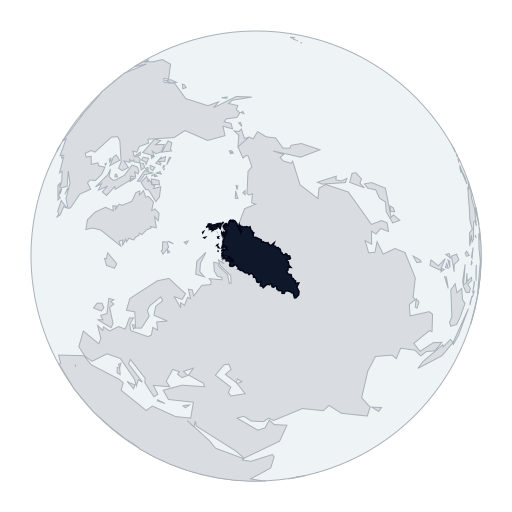 the Earth from above Krasnoyarsk, rotated 304°
{"feature_id": "RUS-2603", "entity_name": "Krasnoyarsk", "entity_type": "Territory", "adm_level": 1, "iso_a3": "RUS", "parent_name": "Russia", "parent_adm1": "", "projection": "orthographic", "projection_center": [95.961, 66.535], "detail": "fine", "context": "on_globe", "style": "filled", "palette": "ink", "viewbox_px": 512, "rotation_deg": 304, "n_neighbors": 0, "source": "natural_earth", "source_scale": "10m", "svg_char_len": 17760}
<svg xmlns="http://www.w3.org/2000/svg" viewBox="0 0 512 512"><g transform="rotate(304 256 256)"><circle cx="256" cy="256" r="225" fill="#eef3f6" stroke="#a8b0b8"/><path d="M333.7,44.5L333.8,44.6L353.9,57.8L344.8,49.1L352.5,53.0L358.8,57.5L355.3,56.1L359.6,62.2L366.5,68.5L367.2,77.9L353.8,84.6L351.6,80.3L348.6,82.6L351.3,88.4L353.8,91.6L347.2,109.7L353.7,132.1L362.8,138.7L355.3,137.9L377.3,150.5L385.4,163.7L371.9,149.2L367.2,148.0L370.5,156.9L366.4,157.7L365.6,162.5L360.4,162.8L352.9,154.6L349.4,154.6L352.0,161.0L348.3,165.5L345.1,156.1L338.4,163.0L324.7,151.2L320.3,127.0L308.4,121.9L292.4,101.1L289.5,103.8L281.6,98.0L275.4,99.1L274.2,95.2L270.2,99.6L272.5,102.9L271.5,106.0L268.1,107.1L265.9,102.2L267.4,100.9L264.9,100.1L265.4,97.2L263.2,99.2L261.0,93.4L258.0,100.7L252.0,97.4L251.9,93.1L258.7,91.5L275.4,78.7L277.5,74.4L273.6,69.6L252.0,64.4L251.5,60.6L245.8,57.0L243.0,59.7L246.4,63.6L239.8,68.2L244.8,72.7L242.8,75.4L245.2,81.1L237.5,82.4L228.8,80.7L226.4,76.1L222.5,75.3L218.9,81.6L208.7,75.3L192.2,75.3L190.3,73.6L197.4,66.3L212.3,61.1L221.5,52.8L208.1,60.5L203.8,56.5L200.0,57.0L195.9,58.7L194.7,61.2L191.7,60.5L203.7,52.3L206.6,52.8L202.8,55.3L209.8,52.9L217.9,47.9L215.1,46.6L230.3,41.2L228.4,40.3L230.7,38.8L232.6,40.6L229.5,37.5L246.9,33.1L243.0,31.2L254.9,32.2L264.0,32.5L274.9,33.1L274.4,32.6L289.3,34.7L302.1,36.2L305.5,36.2L333.7,44.5ZM458.3,165.4L456.8,164.4L456.5,161.9L458.3,165.4ZM456.6,166.1L457.0,165.9L456.9,166.5L456.6,166.1ZM457.1,167.9L456.8,166.6L457.3,168.3L457.1,167.9ZM457.8,170.6L457.3,169.1L457.5,169.3L457.8,170.6ZM458.3,174.3L458.4,175.2L457.8,173.6L458.3,174.3ZM234.2,32.1L238.3,31.8L234.3,32.2L234.2,32.1ZM355.5,93.0L351.8,88.4L350.9,83.1L354.5,86.8L355.5,93.0ZM356.6,103.9L353.7,101.8L357.3,98.9L357.8,101.0L356.6,103.9ZM370.3,143.5L368.0,139.0L371.7,143.2L370.3,143.5ZM366.5,163.2L368.4,164.3L367.2,166.4L366.5,163.2ZM249.2,80.0L247.2,80.5L247.8,79.2L249.2,80.0ZM252.1,82.1L254.2,80.2L255.9,80.9L254.6,82.1L252.1,82.1ZM358.0,168.7L355.4,171.8L356.8,167.2L358.0,168.7ZM249.2,84.3L258.6,82.4L261.6,83.8L259.0,89.4L249.2,84.3ZM353.1,172.8L346.9,180.8L350.8,183.8L336.4,180.0L346.4,174.3L347.5,168.0L349.6,172.2L353.1,172.8ZM274.7,103.6L272.2,100.0L277.5,102.1L274.7,103.6ZM278.4,104.2L296.3,106.6L298.4,112.5L292.0,110.4L297.2,117.6L289.5,119.3L284.8,115.8L285.0,111.5L281.9,115.4L278.4,104.2ZM329.5,176.7L326.9,177.5L328.2,175.1L329.5,176.7ZM271.6,107.4L275.0,107.3L277.0,112.4L270.5,113.6L272.0,111.6L271.6,107.4ZM302.4,118.7L302.8,122.9L296.6,125.4L295.9,127.3L289.5,119.9L302.4,118.7ZM269.7,110.9L267.2,114.2L263.1,112.7L268.3,107.9L269.7,110.9ZM280.3,113.3L281.0,115.8L278.5,114.8L280.3,113.3ZM247.0,109.8L251.0,109.4L252.5,112.0L247.0,109.8ZM266.5,115.5L267.9,116.0L269.0,117.0L266.5,118.8L266.5,115.5ZM285.5,122.2L282.9,122.5L287.9,125.4L283.4,127.5L279.9,122.2L279.6,125.4L278.2,126.1L276.9,121.0L285.5,122.2ZM267.0,123.7L261.0,118.0L253.2,118.1L251.7,115.8L264.6,115.9L267.0,123.7ZM272.9,122.6L268.9,122.7L269.1,119.6L272.0,117.6L272.9,122.6ZM281.7,130.9L289.4,129.0L289.9,130.3L281.7,130.9ZM264.7,124.4L266.2,125.8L264.1,124.8L264.7,124.4ZM276.4,129.6L279.1,128.7L279.6,130.1L276.4,129.6ZM267.0,129.4L265.0,127.5L266.9,126.0L267.0,129.4ZM271.3,130.0L271.3,132.2L268.7,126.6L272.4,129.3L271.3,130.0ZM276.4,131.1L277.6,131.6L275.3,131.2L276.4,131.1ZM261.0,136.3L257.3,129.6L261.4,126.3L264.4,133.2L261.0,136.3ZM44.1,179.4L56.3,153.2L57.6,154.2L63.5,147.8L77.1,169.0L73.7,180.4L77.3,211.7L76.6,216.9L69.3,219.2L66.5,251.3L73.7,254.0L77.9,279.1L85.1,292.5L99.8,285.9L88.1,263.7L92.8,254.1L107.6,267.0L118.9,286.6L121.1,283.5L119.6,266.6L128.0,266.8L119.8,260.4L118.8,266.2L113.7,262.5L114.2,257.0L117.2,257.2L115.4,250.4L101.9,251.6L99.4,257.6L91.3,243.3L86.5,252.0L82.2,250.1L88.8,234.7L92.6,232.5L100.0,209.8L95.3,210.7L87.9,232.4L87.6,227.6L81.2,229.5L85.9,224.3L95.2,200.8L91.6,187.2L77.1,179.0L77.2,170.5L81.8,159.8L97.2,154.8L95.3,174.7L100.8,173.6L109.8,163.6L108.5,170.7L111.9,169.2L112.0,176.5L120.7,181.6L122.2,188.5L133.8,185.7L136.1,189.0L128.6,189.6L124.1,194.0L128.7,211.5L132.0,213.5L139.1,210.4L139.5,215.8L145.9,210.6L152.5,218.9L149.8,204.5L158.1,201.0L166.6,203.6L168.9,199.9L155.1,195.7L150.0,196.5L146.4,201.1L132.2,201.4L128.9,196.5L141.9,186.8L138.6,178.9L150.2,175.2L180.3,188.1L188.7,196.3L185.3,218.7L178.7,219.1L176.5,211.1L170.9,222.5L175.0,219.6L175.3,224.3L183.4,222.4L184.0,225.6L190.7,218.5L192.3,222.2L188.0,226.7L201.4,227.5L207.0,234.5L209.7,233.2L211.0,229.8L217.3,241.2L219.0,239.7L217.6,235.4L220.2,229.8L227.2,224.4L228.9,228.6L226.7,231.1L224.6,243.0L218.2,249.3L219.7,250.5L225.6,246.0L228.2,231.5L231.8,227.1L231.6,234.0L232.0,231.1L234.4,230.3L238.4,233.5L239.1,226.0L263.0,211.9L273.2,217.0L270.3,224.5L288.8,220.1L298.9,226.8L297.6,222.7L305.6,218.2L302.6,216.0L302.6,213.7L321.8,202.0L327.7,202.7L334.5,193.6L333.9,191.6L329.9,190.5L336.4,180.0L350.8,183.8L351.5,188.1L360.0,187.8L360.5,197.9L364.9,206.3L360.5,218.0L364.4,223.9L367.3,223.1L374.6,230.7L379.8,249.6L362.9,237.7L352.6,211.3L355.7,222.2L351.2,220.8L350.0,225.5L352.5,233.3L355.1,233.4L339.7,252.6L338.2,275.3L347.5,270.3L354.3,273.9L360.7,296.8L346.7,334.0L355.6,340.3L356.8,346.1L350.4,352.2L348.5,344.0L341.3,343.2L341.2,337.8L330.4,345.3L329.7,337.9L321.6,347.7L325.7,352.5L335.5,348.4L328.7,360.4L339.9,367.0L342.2,377.6L326.8,400.4L309.7,409.3L308.8,412.4L301.5,410.2L292.5,417.3L306.7,430.7L306.5,434.9L291.6,444.3L291.2,441.5L271.8,435.7L268.7,445.2L283.3,451.5L288.4,458.4L277.3,457.2L272.1,450.7L265.3,448.4L266.8,440.5L260.5,427.5L249.3,429.7L249.9,424.2L239.5,411.2L223.3,413.0L197.6,422.8L194.5,435.2L185.5,437.7L173.4,414.9L172.9,400.1L165.4,398.3L155.5,379.8L129.5,362.6L128.6,357.0L123.1,355.1L116.6,344.5L116.2,335.4L111.0,331.0L112.6,354.9L118.5,359.6L127.4,358.7L126.4,365.4L133.0,376.3L115.7,379.1L81.7,359.2L83.0,348.3L81.6,301.3L84.3,299.3L84.4,298.9L84.7,298.1L79.7,300.2L81.1,291.2L76.8,320.8L74.0,329.8L81.1,359.2L79.3,358.8L83.0,366.7L100.6,380.6L99.7,383.3L88.5,386.7L68.2,376.2L73.6,387.8L75.2,390.4L65.9,376.9L57.6,362.7L50.4,348.0L44.2,332.7L39.2,317.1L35.3,301.1L32.6,284.9L31.1,268.6L31.0,268.0L31.5,265.0L31.7,257.7L31.3,249.1L32.2,240.3L32.4,234.5L35.9,208.2L44.1,179.4ZM65.1,167.0L62.9,168.1L65.1,167.0ZM125.9,313.5L135.8,324.0L139.7,311.5L143.9,314.6L143.7,309.3L140.0,310.5L140.7,296.8L148.0,298.8L151.1,294.0L147.9,290.3L134.4,289.0L133.2,308.4L127.4,309.4L125.9,313.5ZM235.9,31.7L232.8,32.0L233.5,31.9L235.9,31.7ZM231.3,32.4L232.5,32.3L234.2,32.3L231.3,32.4ZM203.1,57.0L202.1,57.7L197.8,59.0L199.5,57.6L203.1,57.0ZM180.8,70.6L176.4,69.1L180.7,69.0L182.2,66.6L193.1,63.5L190.0,72.6L189.5,68.9L180.8,70.6ZM206.7,62.3L200.2,63.0L207.5,61.9L206.7,62.3ZM130.8,154.8L128.0,158.8L123.9,158.5L122.1,150.4L128.1,150.7L130.8,154.8ZM125.1,164.6L138.5,157.7L140.2,162.6L137.0,161.0L136.7,165.0L131.5,163.4L120.0,175.3L115.5,175.8L114.7,160.2L117.4,164.9L119.9,160.5L125.1,164.6ZM169.9,133.5L175.7,131.3L171.7,144.9L166.7,145.5L164.6,137.3L169.3,131.8L169.9,133.5ZM242.7,94.8L245.2,93.6L245.8,94.8L244.2,97.0L242.7,94.8ZM248.8,109.4L232.5,102.0L234.5,100.0L222.6,98.3L223.2,92.7L231.0,93.9L222.5,88.5L229.8,87.4L223.5,84.3L240.6,87.7L246.8,86.7L239.6,89.9L238.8,95.0L240.3,97.0L249.2,101.8L262.1,102.4L263.4,107.9L260.9,111.6L258.0,112.2L258.0,108.4L254.1,112.1L252.0,107.1L248.8,109.4ZM230.5,155.2L231.9,149.9L223.6,157.6L221.5,152.2L220.6,153.4L216.4,150.6L209.8,149.4L209.8,146.6L207.3,147.3L204.4,145.6L200.9,145.7L199.7,140.8L195.3,140.7L197.2,138.5L190.0,139.5L194.8,136.6L191.6,134.2L188.6,138.3L190.7,112.9L187.9,105.0L182.8,100.1L191.9,96.0L202.4,98.1L212.2,104.0L213.7,112.4L217.5,109.2L219.4,112.3L215.6,113.5L222.5,113.5L223.0,116.5L231.8,122.5L241.5,121.0L244.9,123.3L241.4,125.3L247.3,126.2L243.0,131.7L245.3,133.5L243.4,140.9L235.2,144.1L238.5,145.9L237.2,151.8L230.5,155.2ZM260.2,138.3L250.8,143.0L245.1,142.5L250.8,129.9L249.3,127.4L252.7,119.6L261.0,120.7L259.3,122.8L259.5,125.1L256.8,123.8L259.1,126.6L256.8,129.6L257.9,132.6L254.6,133.3L260.2,138.3ZM80.0,219.3L80.2,222.8L81.5,227.4L77.5,228.8L80.0,219.3ZM86.0,203.2L86.8,205.7L81.7,209.7L81.5,206.2L86.0,203.2ZM91.6,203.9L87.2,205.5L89.4,202.6L91.6,203.9ZM129.8,191.8L131.2,194.4L129.6,195.7L126.9,195.4L129.8,191.8ZM205.6,177.8L207.2,174.6L208.7,175.0L215.7,170.7L217.8,174.5L214.4,178.6L205.6,177.8ZM95.3,284.1L90.7,282.4L90.8,279.3L92.3,280.5L95.3,284.1ZM81.8,254.8L82.8,263.0L80.7,255.1L81.8,254.8ZM209.1,181.2L211.7,179.0L211.1,182.3L209.1,181.2ZM219.7,177.1L219.8,180.7L218.9,174.4L219.7,177.1ZM89.4,407.6L93.3,411.8L95.5,413.1L101.0,419.4L100.9,419.3L89.4,407.6ZM342.8,458.5L349.1,456.3L348.8,456.6L342.8,458.5ZM336.3,459.9L343.6,457.4L334.9,460.9L336.3,459.9ZM346.4,456.3L353.8,452.8L357.1,451.0L356.4,451.9L346.4,456.3ZM331.3,461.5L303.6,468.2L292.6,469.1L295.3,467.6L313.2,464.6L331.3,461.5ZM294.4,467.7L277.3,465.9L253.4,453.1L262.0,453.5L286.9,460.5L285.3,462.0L295.6,463.9L294.4,467.7ZM335.2,451.7L333.6,455.8L318.4,459.6L311.4,460.6L306.6,456.7L309.3,453.5L315.1,452.4L336.8,436.5L344.4,436.6L337.9,443.1L344.1,444.7L335.2,451.7ZM195.5,436.6L200.6,444.8L195.7,444.6L195.5,436.6ZM345.1,425.5L336.6,433.5L344.2,424.0L345.1,425.5ZM349.4,417.0L350.1,419.6L346.4,418.2L349.4,417.0ZM309.0,416.9L302.9,418.7L302.6,416.5L310.1,412.8L309.0,416.9ZM343.8,386.3L344.5,393.6L343.6,396.4L340.5,393.0L343.8,386.3ZM231.0,212.4L218.9,214.0L211.7,218.1L209.8,224.8L207.2,216.2L218.5,209.9L231.0,212.4ZM258.9,211.4L260.4,205.8L263.2,207.9L263.2,209.5L258.9,211.4ZM257.4,208.3L252.9,202.1L256.0,198.8L258.9,204.3L257.4,208.3ZM230.5,191.3L226.8,191.5L227.3,188.7L230.5,191.3ZM319.8,472.1L345.3,462.7L364.3,452.0L376.6,445.3L387.2,436.5L399.3,428.1L394.5,433.2L404.6,425.3L392.0,435.6L378.7,444.9L364.7,453.3L350.2,460.6L335.2,466.9L319.8,472.1ZM406.6,423.5L416.7,412.3L419.4,411.1L406.6,423.5ZM358.4,452.3L367.4,446.2L372.0,443.6L358.4,452.3ZM457.0,357.8L455.1,361.4L455.4,360.6L457.0,357.8ZM457.4,356.7L458.1,355.5L457.4,356.7ZM454.0,362.4L456.2,359.0L453.7,363.0L454.0,362.4ZM452.5,365.0L450.8,367.5L450.9,367.1L452.5,365.0ZM429.9,395.6L436.8,389.8L430.6,397.2L424.0,402.9L417.7,410.5L404.1,421.9L407.6,418.0L406.0,417.4L391.3,427.0L388.3,427.3L393.8,422.8L383.8,427.6L394.8,420.0L399.0,420.5L405.2,413.4L415.2,405.9L424.7,398.3L431.8,392.9L429.9,395.6ZM394.4,427.2L396.2,425.9L394.5,427.9L394.4,427.2ZM447.4,371.4L449.9,368.7L449.6,369.5L448.3,371.3L447.4,371.4ZM433.5,390.6L441.3,379.0L443.1,376.8L437.8,385.8L433.5,390.6ZM439.7,379.6L443.1,375.6L444.7,374.7L444.0,376.0L439.7,379.6ZM372.0,437.7L371.5,438.8L368.6,439.6L372.0,437.7ZM375.8,435.1L384.5,431.2L375.0,436.4L375.8,435.1ZM348.4,444.1L351.1,445.5L359.6,440.5L353.1,445.3L358.7,446.5L356.6,448.6L351.1,447.2L348.9,451.9L345.1,453.2L343.2,450.7L347.1,444.7L350.9,441.3L366.1,434.0L348.4,444.1ZM375.8,432.4L373.5,430.7L375.2,427.8L377.8,428.0L375.8,432.4ZM366.2,426.4L359.6,425.1L353.8,429.1L365.2,418.1L369.7,421.3L366.2,426.4ZM360.1,419.5L354.8,423.3L360.1,417.3L360.1,419.5ZM353.3,422.3L352.4,419.4L356.7,418.1L353.3,422.3ZM363.0,418.4L363.5,412.5L366.0,414.8L363.0,418.4ZM349.8,412.6L359.6,414.4L347.3,416.8L345.5,405.5L350.6,403.3L349.8,412.6ZM370.2,346.3L368.2,342.6L372.5,339.2L372.7,342.7L370.2,346.3ZM384.6,325.3L373.0,337.0L363.3,346.5L367.0,346.9L366.0,355.3L359.8,350.9L365.6,339.1L373.2,333.2L373.0,326.1L377.8,318.3L374.7,310.7L376.4,305.6L381.5,310.8L384.6,325.3ZM373.1,307.7L369.5,292.5L378.2,289.4L380.9,292.1L378.9,300.3L374.4,301.4L373.1,307.7ZM371.2,288.0L366.8,289.0L352.4,270.3L351.5,265.7L367.1,277.9L363.8,279.5L365.8,284.7L371.2,288.0ZM328.4,179.6L327.0,177.7L329.6,178.3L328.4,179.6ZM300.7,212.7L301.1,209.7L304.1,210.3L300.7,212.7ZM303.9,201.9L300.3,203.2L303.4,200.0L303.9,201.9ZM292.3,206.5L298.5,202.8L293.6,208.9L292.3,206.5Z" fill="#d9dde1" stroke="#a8b0b8" stroke-width="1"/><path d="M235.5,230.2L236.7,230.6L238.6,233.7L240.5,234.0L240.0,235.2L238.9,235.5L238.6,237.4L238.0,238.2L238.0,239.6L238.1,238.2L239.4,236.7L239.5,237.7L238.4,239.8L239.0,240.3L238.9,239.3L240.1,239.0L239.8,236.3L240.8,234.5L239.5,232.4L239.7,231.6L238.2,230.2L238.8,228.6L238.3,227.7L238.7,227.6L238.5,227.1L239.0,226.3L246.3,226.5L244.7,227.8L244.6,228.4L245.5,229.9L244.7,228.0L246.3,227.6L247.0,226.6L245.4,224.5L246.8,224.7L246.1,224.0L246.4,223.8L245.4,223.4L245.9,222.7L246.6,223.7L246.5,223.3L247.3,222.5L247.1,222.3L247.7,222.2L247.0,221.6L247.9,221.9L249.4,220.5L249.8,220.8L250.1,220.3L251.7,220.2L251.9,219.8L252.5,219.9L253.7,219.5L254.3,219.1L253.0,219.0L254.1,218.7L253.9,218.4L256.7,219.1L256.5,219.4L258.7,217.9L259.6,218.7L259.5,219.7L259.7,218.4L258.6,217.0L261.8,217.2L260.5,216.6L260.7,215.8L260.4,215.4L262.1,212.2L263.3,211.8L264.8,212.9L263.2,214.3L266.2,214.4L265.5,216.2L269.5,214.4L270.7,215.2L270.5,215.8L271.4,215.6L271.3,216.0L271.7,216.3L271.5,216.7L271.9,215.7L272.6,217.2L272.9,217.1L273.0,218.3L272.9,217.9L272.4,217.9L271.7,217.4L271.5,217.5L273.3,218.8L272.2,222.1L270.3,223.9L270.8,223.9L269.3,226.9L268.3,227.1L266.6,230.7L268.8,230.0L267.6,229.3L272.3,226.0L272.6,226.2L271.8,227.3L272.9,228.4L272.9,229.5L273.9,230.4L273.8,230.9L275.1,231.6L275.8,234.3L276.9,234.7L274.3,237.8L274.6,238.6L273.6,239.7L274.0,240.3L273.9,241.4L272.6,241.3L270.0,243.5L271.4,245.5L272.3,251.4L270.6,253.0L271.8,253.7L272.0,256.0L272.7,256.7L272.8,258.0L273.8,258.5L272.6,260.6L273.0,261.2L272.4,262.4L277.1,263.7L274.4,264.4L274.4,266.4L274.9,266.8L274.0,268.2L275.5,269.8L274.9,271.2L275.2,272.1L272.6,275.2L273.1,275.8L272.2,277.2L272.8,278.9L274.5,279.3L274.7,280.8L273.5,281.6L274.9,283.8L273.3,285.9L272.1,285.6L270.8,283.7L269.2,284.1L269.3,285.9L266.7,288.5L266.1,291.4L264.5,288.9L262.3,290.4L260.1,290.1L259.0,293.1L260.2,295.5L257.8,298.1L258.1,299.8L257.4,301.0L257.4,302.9L255.3,303.6L257.6,306.6L253.1,307.2L250.5,311.6L247.6,313.1L243.6,312.4L242.8,311.3L246.3,307.3L245.5,306.4L245.6,304.3L244.6,301.4L243.1,299.9L240.8,300.3L239.6,298.4L241.7,297.0L239.9,293.9L240.5,293.5L240.2,291.9L242.2,290.1L242.3,289.0L239.8,288.0L239.5,286.4L241.6,284.6L241.3,283.5L239.9,283.5L238.6,280.9L233.7,279.7L234.4,278.3L233.7,276.2L237.3,274.4L235.2,272.7L235.0,271.2L237.4,268.6L238.0,267.0L237.0,265.9L238.9,264.3L239.1,261.6L236.7,260.6L237.4,258.3L236.1,256.8L236.0,255.8L236.4,255.4L236.0,254.2L236.4,252.9L235.2,250.9L235.8,249.9L235.2,248.2L236.1,248.3L236.9,247.0L236.8,245.9L237.7,245.7L237.1,245.0L237.3,243.6L236.5,243.3L236.5,242.3L235.3,243.0L234.0,242.1L233.2,240.4L233.2,239.7L234.1,238.9L236.2,238.4L236.4,237.4L236.6,235.8L235.2,234.0L237.1,232.6L235.5,230.2ZM258.9,207.1L257.1,208.1L255.2,207.1L254.8,205.5L254.4,205.6L254.5,205.0L254.0,205.6L253.8,205.2L255.1,204.2L254.8,203.9L255.3,203.1L257.1,202.9L257.4,203.3L256.9,204.7L257.8,203.3L258.8,204.1L258.7,206.1L258.2,206.2L258.9,207.1ZM255.9,198.6L257.3,200.8L256.7,201.0L257.0,202.3L256.8,202.6L255.0,203.0L254.5,203.5L253.4,202.8L254.2,202.3L253.0,202.3L253.8,202.0L253.3,201.7L253.9,201.5L254.3,200.5L253.8,200.5L254.2,199.7L255.8,198.9L255.5,198.7L255.9,198.6ZM263.3,208.4L263.0,209.4L258.7,211.0L259.4,208.2L260.0,208.1L259.7,208.0L259.7,207.3L259.8,207.1L260.2,207.3L260.2,207.2L259.7,207.0L259.8,206.4L260.6,205.5L261.2,205.9L260.9,207.8L261.6,206.4L263.3,208.4ZM252.5,203.2L254.5,203.9L254.0,204.6L253.2,204.7L253.5,204.5L252.5,203.2ZM272.7,224.5L271.1,226.4L270.7,225.9L271.1,225.0L272.7,224.5ZM237.2,229.1L236.9,229.2L236.2,228.5L237.1,227.7L237.2,229.1ZM253.3,199.0L253.1,199.4L252.3,198.9L252.5,198.7L253.3,199.0ZM245.8,198.5L246.5,198.8L245.5,198.9L245.8,198.5ZM243.1,203.5L242.4,203.4L242.5,203.2L242.2,203.0L242.2,202.7L243.1,203.5ZM256.6,217.9L256.4,218.5L255.3,218.1L255.4,217.8L256.6,217.9ZM256.5,214.3L256.2,215.1L255.4,215.1L255.5,214.9L256.5,214.3ZM242.6,219.3L242.1,220.6L241.8,219.8L242.6,219.3ZM265.4,209.8L265.3,210.2L264.4,210.0L265.1,209.7L265.4,209.8ZM250.3,213.6L250.7,214.0L250.1,213.9L250.3,213.6ZM239.1,239.2L239.9,237.9L239.5,239.0L239.1,239.2ZM246.9,222.2L246.5,222.5L246.7,222.9L246.1,222.4L246.9,222.2ZM270.4,214.8L270.7,214.5L271.1,214.9L271.1,215.2L270.4,214.8ZM264.6,209.3L264.2,209.8L264.0,209.7L264.6,209.3ZM242.4,224.7L242.8,225.1L242.0,224.9L242.4,224.7ZM250.0,214.2L249.8,214.8L249.6,214.4L249.7,214.2L250.0,214.2ZM245.4,223.6L245.8,223.9L245.2,224.0L245.4,223.6ZM244.9,223.5L245.2,223.8L244.7,223.7L244.9,223.5ZM244.0,217.9L243.6,218.0L243.1,217.6L243.5,217.6L244.0,217.9ZM265.8,212.8L266.1,213.1L265.7,213.3L265.8,212.8ZM256.2,216.2L256.3,216.5L255.9,216.6L256.2,216.2ZM241.6,224.6L241.9,224.8L241.5,224.7L241.6,224.6ZM256.7,218.8L257.3,218.5L256.7,219.0L256.7,218.8ZM257.0,217.8L257.0,218.0L256.8,218.3L256.7,218.1L256.8,217.6L257.0,217.8ZM238.9,221.9L238.9,222.5L238.7,222.0L238.9,221.9ZM245.4,223.0L244.8,222.8L245.3,222.7L245.4,223.0ZM244.4,223.7L244.0,223.9L244.2,224.1L243.9,223.8L244.4,223.7ZM243.6,225.4L243.6,225.7L243.0,225.4L243.6,225.4ZM254.9,218.1L255.0,218.2L254.5,218.1L254.9,218.1ZM245.6,227.3L245.9,227.5L245.4,227.5L245.6,227.3ZM265.3,212.5L265.2,212.8L265.1,212.5L265.3,212.5ZM255.2,216.2L255.4,216.4L255.0,216.4L255.2,216.2ZM258.8,204.6L259.1,204.7L258.8,205.0L258.8,204.6ZM253.0,205.7L253.5,205.6L253.3,205.8L253.0,205.7ZM257.3,216.2L257.5,216.6L257.2,216.3L257.3,216.2ZM242.4,217.6L243.0,218.0L242.4,217.6L242.4,217.6ZM255.5,216.2L255.9,216.3L255.6,216.4L255.5,216.2ZM253.9,205.7L253.7,205.8L253.6,205.7L253.9,205.7ZM254.4,210.6L254.1,210.6L254.4,210.6ZM254.9,203.4L254.8,203.6L254.6,203.6L254.9,203.4ZM272.0,215.3L271.7,215.4L272.0,215.3ZM253.2,206.8L253.6,207.0L253.2,206.8L253.2,206.8ZM257.5,215.9L257.4,216.2L257.1,216.0L257.5,215.9ZM252.6,212.5L252.8,212.6L252.6,212.5L252.6,212.5ZM256.4,217.7L256.7,217.6L256.4,217.7ZM254.2,216.5L254.5,216.7L254.1,216.6L254.2,216.5ZM252.6,205.2L252.8,205.5L252.3,205.1L252.6,205.2ZM255.2,218.1L255.3,218.3L255.1,218.3L255.2,218.1ZM264.5,213.4L264.5,213.2L264.7,213.3L264.5,213.4Z" fill="#0f172a" stroke="#020617" stroke-width="1.5"/></g></svg>